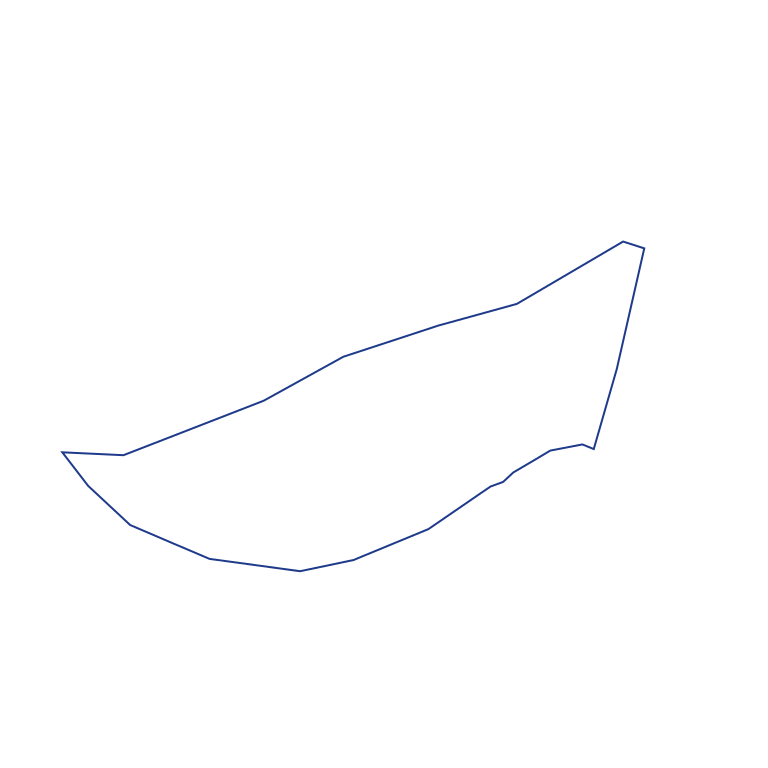 Kawther, Suhaj, Egypt (Albers equal-area conic projection), rotated 310°
{"feature_id": "37247803B38602183359422", "entity_name": "Kawther", "entity_type": "district", "adm_level": 2, "iso_a3": "EGY", "parent_name": "Egypt", "parent_adm1": "Suhaj", "projection": "albers", "projection_center": [31.725, 26.555], "detail": "fine", "context": "isolated", "style": "outline", "palette": "blue", "viewbox_px": 768, "rotation_deg": 310, "n_neighbors": 0, "source": "geoboundaries", "source_scale": "gbopen_adm2", "svg_char_len": 478}
<svg xmlns="http://www.w3.org/2000/svg" viewBox="0 0 768 768"><g transform="rotate(310 384 384)"><path d="M545.3,552.6L655.2,496.2L646.8,475.6L530.8,434.3L463.6,388.0L378.7,335.3L293.9,302.6L162.0,230.2L124.9,181.5L115.8,222.8L112.8,280.2L126.2,324.5L137.9,362.8L186.6,440.0L229.7,473.9L236.9,477.6L301.4,511.3L362.2,528.2L373.9,531.5L385.6,538.2L399.3,539.9L424.4,548.8L439.9,554.2L465.2,574.8L469.0,586.5L545.3,552.6Z" fill="none" stroke="#1e3a8a" stroke-width="2"/></g></svg>